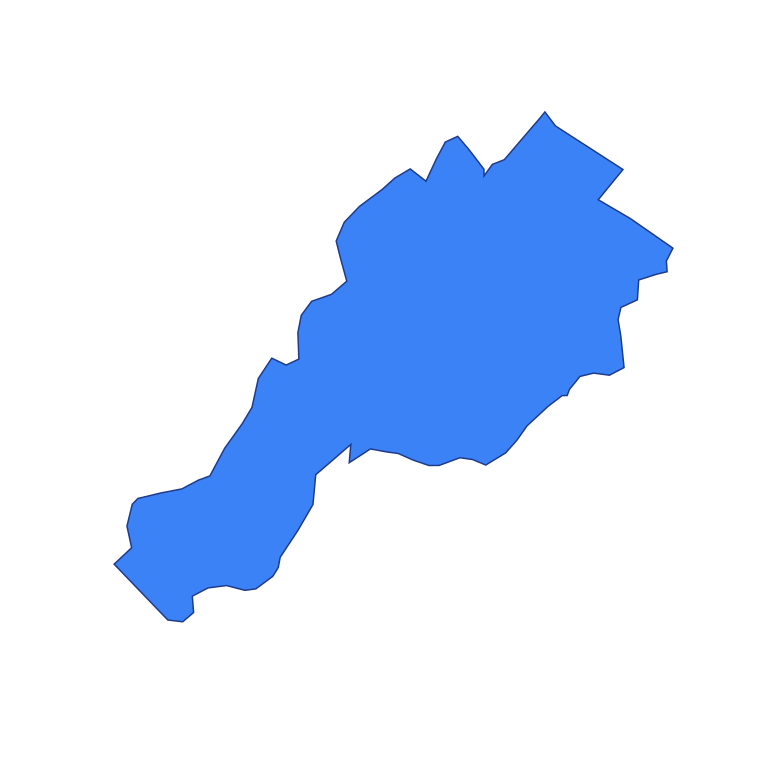 the district of Kolossi, Limassol, Cyprus, rotated 228°
{"feature_id": "46923920B20353640132461", "entity_name": "Kolossi", "entity_type": "district", "adm_level": 2, "iso_a3": "CYP", "parent_name": "Cyprus", "parent_adm1": "Limassol", "projection": "robinson", "projection_center": [32.934, 34.671], "detail": "fine", "context": "isolated", "style": "filled", "palette": "blue", "viewbox_px": 768, "rotation_deg": 228, "n_neighbors": 0, "source": "geoboundaries", "source_scale": "gbopen_adm2", "svg_char_len": 1292}
<svg xmlns="http://www.w3.org/2000/svg" viewBox="0 0 768 768"><g transform="rotate(228 384 384)"><path d="M278.0,669.5L286.5,676.2L291.6,689.6L342.0,677.8L377.6,666.5L383.5,705.1L461.0,684.1L478.5,685.6L477.3,678.2L473.7,650.1L470.2,623.5L474.7,611.5L471.7,597.5L476.7,602.0L501.5,604.0L518.7,604.5L522.8,591.5L516.2,573.4L510.2,559.3L506.6,550.9L526.3,547.4L529.8,529.8L529.8,512.8L532.4,484.7L530.8,462.7L523.2,446.2L522.2,444.1L508.1,436.6L485.3,425.1L485.8,405.0L493.9,385.5L490.4,368.5L479.8,354.4L459.5,337.4L463.6,323.9L478.3,317.9L472.2,294.3L455.0,270.3L449.4,252.2L442.9,222.7L432.2,193.1L436.8,181.6L441.3,163.6L452.5,145.0L463.6,124.5L463.1,116.5L450.4,97.9L431.2,86.9L430.7,62.9L353.3,65.4L342.0,75.3L341.6,89.6L354.6,99.6L350.2,116.8L339.6,132.1L323.7,142.6L317.5,151.7L315.5,172.7L318.4,182.7L324.7,190.9L332.9,222.4L342.0,250.6L362.3,272.6L361.8,293.1L361.3,318.9L348.8,305.5L346.4,320.3L344.9,330.4L331.9,340.4L322.8,348.1L307.8,354.8L293.3,362.9L286.6,370.5L278.4,391.1L268.7,399.2L255.7,405.4L251.4,428.3L253.3,445.1L257.2,462.3L257.6,490.9L256.2,508.6L252.9,512.4L255.9,518.2L258.5,534.7L251.8,547.1L239.7,557.4L235.6,573.4L261.2,592.1L275.2,601.0L282.4,611.3L277.0,628.6L290.9,642.9L283.3,659.8L278.0,669.5Z" fill="#3b82f6" stroke="#1e3a8a" stroke-width="1.5"/></g></svg>